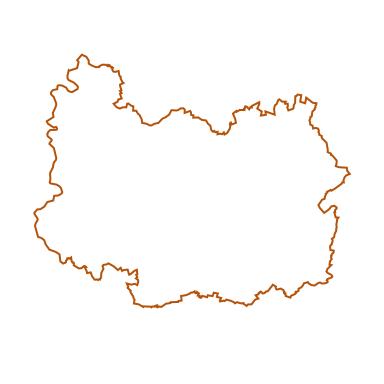 Callan-Thomastown Lea-6, Kilkenny, Ireland, rotated 188°
{"feature_id": "5873133B16918470579073", "entity_name": "Callan-Thomastown Lea-6", "entity_type": "district", "adm_level": 2, "iso_a3": "IRL", "parent_name": "Ireland", "parent_adm1": "Kilkenny", "projection": "albers", "projection_center": [-7.206, 52.516], "detail": "fine", "context": "isolated", "style": "outline", "palette": "amber", "viewbox_px": 384, "rotation_deg": 188, "n_neighbors": 0, "source": "geoboundaries", "source_scale": "gbopen_adm2", "svg_char_len": 5922}
<svg xmlns="http://www.w3.org/2000/svg" viewBox="0 0 384 384"><g transform="rotate(188 192 192)"><path d="M320.2,312.6L324.1,306.5L322.4,305.1L323.0,298.7L330.4,295.0L331.0,295.4L331.5,289.8L331.1,287.3L329.8,285.7L324.2,283.9L320.2,281.1L319.6,280.0L319.7,278.0L324.6,274.3L326.0,274.3L328.5,274.8L331.1,277.8L335.5,279.4L338.9,279.2L339.9,278.3L339.8,275.0L343.7,273.7L345.1,271.8L345.5,270.4L345.1,269.1L342.2,266.9L339.0,261.2L338.6,259.6L338.9,257.2L340.8,250.9L339.6,247.0L345.7,241.8L344.2,239.6L337.9,236.6L335.6,237.5L334.5,236.3L334.6,235.1L335.3,234.6L340.9,233.7L342.7,231.5L343.4,229.0L342.6,227.1L338.4,224.5L338.1,223.5L339.8,220.6L339.9,219.8L334.9,216.3L331.1,206.6L331.2,204.9L333.0,201.6L333.2,196.8L335.2,191.0L334.0,184.7L334.2,181.5L333.3,180.8L327.1,180.5L324.3,179.3L322.6,178.0L320.4,173.8L321.0,172.3L323.7,170.0L327.9,169.1L328.2,164.3L333.9,161.9L336.1,157.1L339.7,153.9L342.8,153.2L345.2,149.6L344.9,148.3L341.6,144.6L340.9,143.0L342.6,138.5L342.7,136.5L338.2,126.1L335.0,125.6L331.7,123.8L329.5,119.6L325.2,115.1L318.6,113.7L314.5,111.8L312.7,105.0L309.7,103.2L307.1,104.7L307.2,106.4L305.9,108.1L306.3,108.9L304.6,109.5L303.7,109.0L302.6,110.3L301.4,106.4L300.4,105.4L299.6,105.8L298.9,104.7L298.9,102.9L293.3,100.6L290.8,101.2L288.6,103.7L287.3,103.6L286.3,102.9L287.5,102.2L285.3,99.0L284.6,97.1L281.1,98.3L279.2,94.6L276.2,91.6L274.0,92.2L272.8,91.7L271.7,92.8L270.9,92.5L270.2,94.8L270.5,99.3L269.0,103.7L270.3,106.3L269.5,107.5L266.5,108.4L264.8,109.7L259.2,107.5L254.5,104.4L252.1,107.0L250.3,104.1L248.8,105.2L244.9,106.2L242.8,101.4L241.6,101.9L238.2,105.8L235.8,107.3L234.7,102.9L235.8,102.2L234.3,100.2L235.5,98.6L233.2,97.5L232.7,95.4L233.3,92.2L235.8,93.1L239.3,91.8L243.8,92.3L241.9,89.3L242.4,88.1L239.1,85.8L239.4,85.6L238.8,84.0L235.8,80.6L234.8,78.2L233.9,77.4L234.0,73.5L229.0,73.3L224.4,71.4L224.3,72.0L216.7,72.7L216.1,72.2L215.4,73.1L212.8,73.3L212.7,74.0L209.9,75.4L211.2,73.7L210.3,73.0L208.0,74.1L206.4,73.9L202.3,77.7L197.9,79.1L197.8,79.9L190.4,81.2L190.3,82.2L187.2,83.0L188.3,87.5L183.3,89.1L180.0,91.1L179.4,92.1L177.4,92.5L175.6,94.0L174.6,92.2L173.2,92.5L173.1,93.7L171.0,92.5L171.9,90.2L170.0,90.2L170.2,88.8L168.7,88.5L168.7,89.2L167.8,89.2L167.4,90.6L162.4,89.9L162.0,91.9L157.1,91.8L156.4,95.3L152.3,95.1L152.8,91.6L148.4,91.1L149.4,88.2L148.9,87.5L145.9,88.7L144.5,88.5L143.0,90.2L138.1,89.6L135.0,88.6L134.1,87.7L132.1,89.1L127.4,88.5L125.6,89.2L125.5,88.5L122.0,86.8L121.0,88.4L117.4,89.1L114.5,94.2L111.5,95.7L114.6,98.6L111.9,100.0L111.9,101.4L110.0,102.1L110.4,102.7L110.0,103.0L107.7,101.3L105.9,102.2L104.9,103.7L103.1,104.3L99.0,111.4L95.7,110.0L95.8,108.7L95.4,107.9L94.4,107.2L90.6,108.7L88.4,107.8L87.7,107.4L87.0,105.5L86.6,105.9L86.1,105.1L86.4,104.9L86.1,104.2L85.3,104.4L84.8,102.1L79.9,101.1L79.4,103.1L76.0,105.1L74.9,106.6L76.1,107.9L74.9,107.5L72.8,108.8L73.0,111.0L70.5,112.8L69.0,115.2L68.5,117.1L64.7,118.9L64.1,117.9L60.6,116.4L57.5,116.5L54.0,119.7L52.5,120.2L50.6,119.4L46.9,120.3L45.2,121.5L45.3,122.6L46.3,123.3L45.8,124.6L41.8,126.8L41.2,127.8L42.5,129.4L46.1,130.6L47.8,131.9L47.1,134.8L43.9,139.0L45.7,139.1L45.7,142.5L44.3,145.2L45.1,146.3L45.3,147.4L45.0,147.9L45.4,148.6L44.9,149.0L44.5,150.6L43.6,151.3L43.3,152.9L43.5,153.7L46.8,153.8L47.7,157.1L47.5,158.2L46.3,159.6L46.5,160.6L46.0,161.6L46.0,163.8L47.0,165.0L45.0,167.0L44.9,170.3L43.7,174.0L44.1,175.1L43.8,177.1L44.5,179.6L44.4,185.3L43.5,187.0L46.2,186.9L48.2,191.6L47.4,192.0L47.8,192.9L47.6,194.5L46.5,195.6L46.6,196.8L49.3,198.2L52.0,197.1L53.9,193.9L58.2,189.7L63.0,193.8L65.0,196.6L62.1,202.5L59.7,203.7L59.7,206.1L59.0,208.4L59.3,208.8L58.0,210.3L58.3,210.9L54.9,213.4L54.2,212.7L51.7,214.5L45.0,221.0L44.5,222.4L43.0,222.6L43.6,224.5L43.0,227.7L41.6,229.9L38.3,231.8L41.2,234.5L42.1,237.6L49.6,237.0L53.2,237.6L52.8,241.0L53.2,243.4L58.2,247.8L59.4,247.9L59.7,249.3L63.3,250.5L63.4,252.6L65.6,259.5L70.5,263.1L71.1,264.0L71.3,265.5L74.0,266.4L74.2,267.9L75.1,268.9L74.9,270.5L76.0,272.3L78.5,272.7L80.9,271.7L81.9,274.5L84.4,275.3L84.7,277.5L85.7,279.3L85.0,281.6L85.2,282.8L84.0,283.6L84.0,288.3L81.9,291.0L82.2,291.8L81.5,293.2L81.8,294.5L81.1,295.7L81.1,297.2L84.9,297.2L92.0,301.3L92.3,295.6L97.4,296.5L97.3,303.1L101.6,303.2L101.3,303.1L101.8,301.7L103.0,301.2L102.3,294.5L103.3,292.1L103.2,289.0L103.7,288.4L107.9,286.2L109.5,289.2L109.0,290.3L109.5,292.8L112.0,292.3L112.4,293.0L111.8,294.5L115.2,294.0L118.4,295.9L119.4,295.0L120.5,290.7L121.8,289.6L122.2,287.8L122.2,285.1L120.9,280.1L130.5,282.0L129.6,278.7L134.4,277.3L134.1,281.4L139.0,283.7L137.6,288.6L137.9,290.3L144.6,285.6L144.5,284.0L145.9,284.3L146.9,281.8L149.6,284.1L151.2,284.2L151.4,281.7L152.1,281.6L151.6,280.4L156.1,279.9L158.9,277.7L159.4,278.4L162.4,275.3L159.4,270.4L158.1,266.6L162.5,264.2L163.1,266.2L163.6,266.0L164.0,264.2L163.2,263.0L163.4,260.0L165.4,255.3L167.8,253.5L168.8,255.4L170.2,253.4L172.3,253.7L174.8,252.7L175.0,255.2L177.3,254.5L178.5,255.6L179.5,254.6L180.1,254.8L181.8,256.5L183.0,260.2L185.7,261.8L188.0,264.8L192.4,264.8L196.2,266.7L201.1,265.8L201.2,268.1L203.5,268.2L204.2,270.9L205.1,272.0L210.3,269.3L210.7,272.7L212.2,273.7L214.9,273.2L217.1,271.2L218.9,270.5L223.7,270.2L225.4,265.4L228.5,262.4L231.6,260.4L234.9,255.7L238.8,254.3L241.3,252.3L243.2,252.1L246.3,253.2L251.0,253.5L251.9,256.9L254.7,261.0L256.4,261.9L258.5,264.7L261.6,264.3L262.0,268.6L264.4,269.1L267.5,270.8L268.5,270.4L268.9,266.7L272.3,266.3L275.1,264.6L278.5,265.5L281.9,268.5L278.5,270.8L277.7,272.8L277.9,273.3L274.7,274.8L277.0,279.3L275.5,280.2L277.4,282.0L276.0,282.8L278.0,287.0L278.2,288.3L275.0,290.4L276.4,291.4L278.5,294.5L278.5,296.0L279.7,296.7L280.5,298.2L281.5,301.6L284.7,300.3L286.6,300.3L288.0,302.0L287.6,303.9L289.1,303.9L289.0,304.8L291.3,305.1L291.3,306.1L292.8,306.3L293.1,305.0L295.2,306.0L298.5,305.6L301.4,303.6L301.3,302.9L304.6,302.2L308.4,303.2L312.1,304.7L312.6,307.9L315.5,311.2L320.2,312.6Z" fill="none" stroke="#b45309" stroke-width="2"/></g></svg>